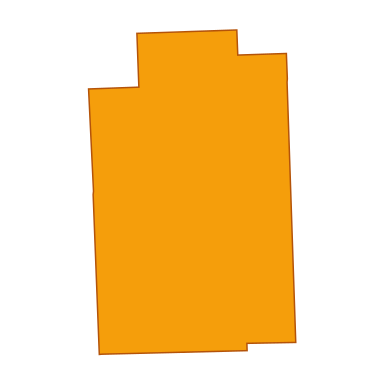 Coshocton, Ohio, United States of America, rotated 266°
{"feature_id": "52423323B75653296475511", "entity_name": "Coshocton", "entity_type": "district", "adm_level": 2, "iso_a3": "USA", "parent_name": "United States of America", "parent_adm1": "Ohio", "projection": "robinson", "projection_center": [-81.897, 40.304], "detail": "fine", "context": "isolated", "style": "filled", "palette": "amber", "viewbox_px": 384, "rotation_deg": 266, "n_neighbors": 0, "source": "geoboundaries", "source_scale": "gbopen_adm2", "svg_char_len": 351}
<svg xmlns="http://www.w3.org/2000/svg" viewBox="0 0 384 384"><g transform="rotate(266 192 192)"><path d="M36.4,88.2L36.5,90.6L29.9,235.9L37.2,236.2L34.7,285.0L295.0,294.5L298.2,295.0L323.6,295.8L325.4,247.2L350.5,248.0L354.1,148.1L300.3,146.3L302.0,96.0L199.6,93.8L196.3,93.2L36.4,88.2Z" fill="#f59e0b" stroke="#b45309" stroke-width="1.5"/></g></svg>